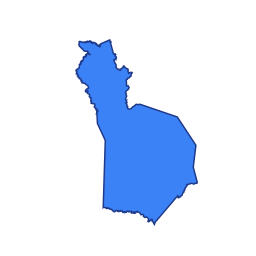 Derwent Valley, Tasmania, Australia, rotated 246°
{"feature_id": "25037944B77062531378131", "entity_name": "Derwent Valley", "entity_type": "district", "adm_level": 2, "iso_a3": "AUS", "parent_name": "Australia", "parent_adm1": "Tasmania", "projection": "robinson", "projection_center": [146.703, -42.804], "detail": "fine", "context": "isolated", "style": "filled", "palette": "blue", "viewbox_px": 256, "rotation_deg": 246, "n_neighbors": 0, "source": "geoboundaries", "source_scale": "gbopen_adm2", "svg_char_len": 5854}
<svg xmlns="http://www.w3.org/2000/svg" viewBox="0 0 256 256"><g transform="rotate(246 128 128)"><path d="M208.3,113.1L207.8,112.1L207.6,112.2L207.7,111.7L206.3,111.4L206.4,110.8L205.7,110.7L205.8,110.4L205.4,110.4L205.6,109.3L204.8,109.1L202.8,107.8L202.4,105.6L202.1,105.7L201.8,104.7L202.1,104.6L201.9,104.0L201.1,104.2L200.9,103.9L199.9,104.2L199.8,103.8L198.5,102.8L197.7,104.0L197.0,103.6L196.2,102.9L195.4,103.9L194.4,103.2L193.6,104.1L192.9,103.6L191.7,105.1L190.2,104.2L189.5,105.2L188.1,104.3L186.0,107.1L185.7,107.0L185.2,107.1L183.3,108.3L182.5,108.6L181.6,108.3L180.6,108.3L180.3,107.4L180.4,106.3L180.3,105.6L179.3,104.3L178.8,104.0L178.2,104.2L177.7,104.8L177.8,105.2L178.4,105.9L178.0,106.4L177.0,105.5L176.1,105.1L175.0,106.1L174.2,106.4L173.6,106.4L173.1,105.8L172.6,105.5L172.0,105.5L171.5,105.9L171.1,105.7L170.8,105.9L170.7,106.3L170.3,106.4L170.1,106.1L169.1,105.9L168.6,105.3L168.0,105.6L167.3,105.5L167.1,105.3L167.5,105.1L167.1,104.9L166.2,105.1L166.2,104.9L165.8,104.9L165.5,104.5L164.5,105.8L163.9,106.9L163.4,107.3L162.0,107.0L161.6,106.6L161.6,106.2L161.3,105.9L160.5,105.8L159.6,106.3L158.7,106.3L158.4,106.7L158.4,106.4L157.7,106.2L157.0,106.5L157.2,106.9L157.0,107.0L156.7,106.9L156.4,106.4L156.1,106.3L155.8,106.6L156.0,107.1L155.8,107.4L155.3,106.9L155.5,106.2L154.6,105.8L154.7,105.6L154.0,105.1L154.0,105.5L153.6,105.4L144.5,101.9L125.9,102.2L65.4,73.0L65.5,73.4L65.1,74.2L64.4,74.8L64.3,75.5L63.7,75.4L63.2,75.6L63.2,76.3L63.0,76.5L63.3,76.9L62.4,77.5L62.3,78.0L61.6,78.3L61.7,78.5L61.2,78.5L60.6,79.7L60.4,79.9L60.1,79.8L59.8,80.2L58.8,80.3L58.5,80.7L58.0,80.7L57.6,81.1L57.4,81.1L57.3,81.5L57.0,81.6L56.9,82.1L57.3,82.6L57.3,83.0L57.5,83.2L57.2,83.5L57.1,84.4L56.1,84.7L56.1,84.9L56.6,85.1L56.6,85.4L55.9,85.4L56.0,85.7L55.5,85.7L55.3,86.2L55.2,86.5L55.4,87.7L54.9,87.7L54.7,88.4L53.8,89.0L53.0,88.9L52.9,89.1L53.5,89.3L53.0,89.5L52.9,90.1L53.0,90.5L52.7,90.7L52.3,90.6L52.3,91.0L51.8,91.5L52.0,91.9L51.8,92.2L52.4,92.6L52.3,93.6L52.1,94.1L51.7,94.0L51.6,94.4L51.2,94.5L51.1,95.0L51.2,95.4L50.8,95.4L50.6,96.0L50.7,97.0L50.0,97.2L49.5,96.8L48.9,96.6L48.8,97.8L49.0,98.1L48.5,98.4L48.7,99.2L48.3,99.1L48.2,98.2L47.5,99.1L47.3,100.0L47.4,100.5L48.2,100.7L47.8,101.6L48.1,102.2L48.1,102.6L47.2,102.6L46.5,103.9L44.5,104.5L43.6,104.5L43.3,105.0L43.1,106.1L42.7,106.7L41.8,106.7L41.2,106.3L41.1,106.6L40.1,106.6L39.8,107.1L39.4,107.1L39.3,107.4L39.4,107.6L39.1,108.7L37.8,109.5L36.7,109.8L35.6,109.2L34.5,108.2L34.1,108.5L34.3,109.0L34.0,109.6L34.3,109.9L34.2,110.3L34.8,110.7L34.6,111.3L35.0,112.2L34.7,112.4L34.6,112.8L34.3,112.9L34.0,112.4L33.6,112.5L33.0,112.2L32.5,112.6L31.6,112.7L31.0,113.2L30.5,112.7L29.2,112.9L30.6,114.2L31.6,115.7L32.0,117.1L32.3,117.4L45.9,145.8L45.1,146.1L44.5,145.5L43.9,145.5L43.7,145.7L43.7,146.2L43.9,146.9L43.8,147.9L44.5,148.8L44.7,149.4L44.5,149.6L44.7,150.2L45.3,150.6L45.8,151.2L46.2,151.5L46.6,152.2L46.6,152.5L47.0,152.8L46.9,153.0L47.4,153.2L47.6,153.7L48.3,154.0L48.3,154.3L48.6,154.3L48.9,154.9L49.2,155.0L49.2,155.4L49.8,155.7L50.3,156.8L51.1,157.5L51.0,157.8L51.5,158.6L52.1,158.6L52.4,158.8L52.0,159.1L52.0,160.3L52.1,160.9L51.7,161.7L51.8,162.3L51.7,162.6L51.9,163.1L51.4,164.0L50.0,165.3L50.0,166.4L50.3,167.0L50.0,167.5L49.7,167.8L49.6,168.6L50.0,168.9L50.0,169.1L65.7,171.7L84.6,183.0L118.0,177.5L144.8,148.6L145.4,146.2L146.1,145.7L146.3,144.8L146.2,144.3L145.6,143.6L145.4,140.7L144.9,140.2L144.8,139.4L144.5,138.7L144.5,137.9L144.8,136.5L146.0,135.7L146.8,135.6L147.3,136.4L148.6,136.0L149.1,136.4L149.6,136.4L150.1,136.6L151.8,136.1L151.9,136.4L151.7,137.3L151.9,137.5L153.6,137.4L153.9,137.5L154.1,138.0L154.4,137.5L155.1,137.4L156.0,137.9L157.7,139.8L158.5,139.6L159.7,140.1L160.0,140.3L161.3,140.2L162.8,141.8L162.9,143.2L163.3,143.8L163.4,144.4L164.7,145.5L165.2,145.3L166.3,145.4L166.9,144.4L167.1,143.9L167.6,143.7L168.4,144.4L172.7,146.0L172.9,146.2L172.8,147.2L173.1,147.6L173.7,148.2L173.3,149.0L173.6,150.1L174.2,150.5L174.1,150.8L174.2,151.9L175.4,152.4L176.8,154.3L177.3,154.0L177.7,153.4L177.9,152.1L177.6,151.0L177.7,150.8L179.1,151.1L179.9,151.0L180.8,151.8L182.1,151.8L182.4,151.6L182.7,150.9L183.0,150.5L183.7,150.4L184.5,149.9L185.8,149.8L186.3,149.5L186.5,149.0L186.4,148.8L185.1,148.1L185.3,147.4L184.8,145.4L183.9,144.9L183.8,144.7L184.0,144.1L184.8,143.5L185.5,143.6L185.6,142.9L186.2,142.4L187.9,141.7L188.4,141.7L189.1,142.2L190.5,142.8L192.3,142.7L193.2,142.3L194.2,142.7L195.9,142.7L195.9,143.3L196.2,143.8L195.4,144.8L196.2,145.0L196.6,145.8L196.9,146.0L198.1,146.1L198.5,145.7L198.9,145.8L199.3,145.5L200.2,145.9L200.1,146.1L200.2,146.6L201.0,146.4L201.4,145.2L201.9,144.9L213.1,146.7L213.8,146.6L213.6,147.4L214.0,147.4L214.1,146.9L215.9,147.1L216.0,137.1L215.2,136.9L215.4,135.9L213.8,135.7L213.9,135.1L214.4,135.1L214.5,134.8L214.8,134.8L214.8,134.6L215.5,134.7L215.6,133.8L216.2,133.9L216.4,133.3L217.6,133.5L217.7,132.7L218.4,132.9L218.5,132.6L219.3,132.5L219.7,131.6L220.0,131.6L220.1,131.2L219.6,130.5L220.2,130.1L220.0,129.9L220.6,129.5L220.8,129.8L220.9,129.4L221.8,129.6L221.9,128.8L222.3,128.9L222.4,128.4L223.1,128.5L223.1,128.1L222.8,128.0L222.9,127.6L222.5,127.6L222.7,126.9L223.0,127.0L223.2,126.0L223.7,126.1L223.8,125.4L223.5,125.1L223.1,125.0L223.2,124.5L223.3,124.5L223.5,123.8L223.8,123.9L223.9,123.3L224.2,123.4L224.3,122.7L224.1,122.7L224.6,121.5L224.8,121.6L225.0,121.2L226.1,120.0L226.8,118.7L226.5,118.3L226.1,118.4L225.1,117.8L224.2,117.0L223.2,116.9L222.3,117.0L221.7,117.4L221.2,117.4L220.8,117.6L220.2,117.8L218.2,118.8L216.5,119.1L215.4,120.2L214.9,121.8L213.5,122.4L212.0,122.3L210.6,123.3L210.5,123.1L211.6,122.1L212.0,121.9L213.3,122.1L212.8,121.5L212.2,119.4L211.4,119.9L210.5,118.8L210.8,118.8L210.6,118.4L210.9,118.3L210.7,117.8L211.0,117.8L210.6,116.6L211.0,116.3L210.3,115.6L209.9,115.9L207.8,114.0L207.9,113.9L207.6,113.6L208.3,113.1Z" fill="#3b82f6" stroke="#1e3a8a" stroke-width="1.5"/></g></svg>